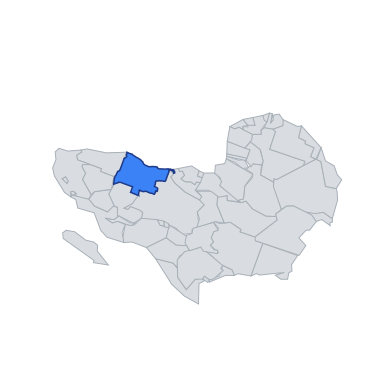 location of Angola within Africa, rotated 110°
{"feature_id": "AGO", "entity_name": "Angola", "entity_type": "country or territory", "adm_level": 0, "iso_a3": "AGO", "parent_name": "Africa", "parent_adm1": "", "projection": "equal_earth", "projection_center": [17.424, -11.224], "detail": "fine", "context": "in_parent", "style": "filled", "palette": "blue", "viewbox_px": 384, "rotation_deg": 110, "n_neighbors": 49, "source": "natural_earth", "source_scale": "50m", "svg_char_len": 13809}
<svg xmlns="http://www.w3.org/2000/svg" viewBox="0 0 384 384"><g transform="rotate(110 192 192)"><path d="M243.8,200.5L259.8,215.8L259.5,231.3L262.8,238.7L260.3,241.1L245.3,243.6L243.0,235.1L234.0,230.7L230.7,223.3L229.9,215.1L234.2,210.4L233.2,201.3L243.8,200.5Z" fill="#d9dde1" stroke="#a8b0b8" stroke-width="1"/><path d="M118.8,86.8L118.3,92.7L108.8,92.5L108.1,102.4L105.4,102.8L104.6,110.5L92.4,111.8L106.2,85.8L118.8,86.8Z" fill="#d9dde1" stroke="#a8b0b8" stroke-width="1"/><path d="M229.9,215.1L234.0,230.7L227.9,231.5L226.7,244.7L230.4,246.3L230.6,250.6L223.1,244.0L208.0,241.9L206.8,226.4L201.8,225.0L198.6,229.3L193.9,229.6L190.4,220.7L177.9,220.3L182.2,215.1L185.2,217.0L189.5,211.1L194.4,198.4L197.2,179.5L200.0,176.1L208.9,180.2L218.7,175.2L223.9,175.3L227.1,179.1L231.0,177.8L235.5,187.6L231.6,194.2L229.9,215.1Z" fill="#d9dde1" stroke="#a8b0b8" stroke-width="1"/><path d="M267.1,203.5L265.3,185.3L268.7,179.3L277.2,176.2L285.6,164.0L273.0,159.2L269.5,153.5L271.1,149.9L275.7,154.1L295.0,147.6L292.4,163.6L285.7,179.4L267.1,203.5Z" fill="#d9dde1" stroke="#a8b0b8" stroke-width="1"/><path d="M259.8,215.8L243.8,200.5L247.2,188.9L244.1,179.3L247.9,174.1L256.6,181.9L267.9,180.6L265.3,185.3L267.1,203.5L259.8,215.8Z" fill="#d9dde1" stroke="#a8b0b8" stroke-width="1"/><path d="M215.4,163.0L213.0,161.3L212.0,160.1L212.2,155.5L207.3,145.4L210.5,132.9L213.0,133.2L212.7,115.7L216.1,115.7L216.0,107.8L250.7,107.8L253.2,121.2L256.0,123.7L251.5,127.8L250.2,141.4L244.5,153.3L243.8,161.2L239.8,146.7L235.8,156.6L231.7,154.7L228.6,158.3L221.9,158.0L216.8,154.7L213.3,161.5L215.4,163.0Z" fill="#d9dde1" stroke="#a8b0b8" stroke-width="1"/><path d="M212.7,117.4L213.0,133.2L210.5,132.9L207.3,145.4L210.1,151.2L195.4,164.4L187.3,166.3L183.3,157.7L187.9,155.9L185.3,142.4L182.1,138.2L187.3,129.1L189.3,114.2L186.2,104.4L189.2,102.3L212.7,117.4Z" fill="#d9dde1" stroke="#a8b0b8" stroke-width="1"/><path d="M190.7,311.0L192.0,309.1L196.7,312.8L200.8,310.6L200.9,296.3L203.7,304.3L205.8,303.9L210.8,298.3L217.6,299.1L228.9,285.9L234.1,286.5L235.9,294.8L235.4,300.5L233.2,300.1L232.0,304.0L233.6,306.1L238.1,304.0L236.0,311.7L224.0,326.8L217.1,331.2L208.1,330.9L201.1,334.3L196.4,331.9L196.0,322.7L190.7,311.0ZM226.7,312.4L224.2,312.0L221.0,315.9L224.0,318.5L226.7,312.4Z" fill="#d9dde1" stroke="#a8b0b8" stroke-width="1"/><path d="M226.7,312.4L224.0,318.5L221.0,315.9L224.2,312.0L226.7,312.4Z" fill="#d9dde1" stroke="#a8b0b8" stroke-width="1"/><path d="M234.1,286.5L224.9,283.5L217.0,268.6L222.3,269.4L232.1,259.7L239.7,264.5L238.7,278.8L234.1,286.5Z" fill="#d9dde1" stroke="#a8b0b8" stroke-width="1"/><path d="M228.9,285.9L217.6,299.1L210.8,298.3L205.8,303.9L203.7,304.3L200.9,296.3L201.0,284.9L203.9,284.8L204.1,270.7L217.0,268.6L224.9,283.5L228.9,285.9Z" fill="#d9dde1" stroke="#a8b0b8" stroke-width="1"/><path d="M201.0,284.9L200.8,310.6L196.7,312.8L192.0,309.1L190.7,311.0L187.4,305.3L184.5,285.9L176.9,266.9L216.5,268.0L204.1,270.7L203.9,284.8L201.0,284.9Z" fill="#d9dde1" stroke="#a8b0b8" stroke-width="1"/><path d="M91.5,141.3L89.0,136.7L93.9,129.8L98.5,129.2L105.3,137.2L106.9,146.0L91.4,146.2L91.0,143.1L100.1,141.7L91.5,141.3Z" fill="#d9dde1" stroke="#a8b0b8" stroke-width="1"/><path d="M106.9,146.0L105.3,137.2L106.9,134.1L125.3,133.6L124.5,96.3L129.0,96.2L151.6,116.9L151.6,119.4L154.9,119.1L152.6,133.4L138.5,135.8L129.5,141.8L125.0,154.3L117.1,155.0L114.0,146.5L110.8,148.4L106.9,146.0Z" fill="#d9dde1" stroke="#a8b0b8" stroke-width="1"/><path d="M92.4,111.8L104.6,110.5L105.4,102.8L108.1,102.4L108.8,92.5L118.3,92.7L118.8,86.8L129.0,96.2L124.5,96.3L125.3,133.6L106.9,134.1L105.3,137.2L98.5,129.2L92.8,131.1L94.4,115.3L92.4,111.8Z" fill="#d9dde1" stroke="#a8b0b8" stroke-width="1"/><path d="M149.2,171.1L146.6,171.6L146.2,159.4L143.6,153.9L150.0,146.8L152.7,152.9L149.4,161.9L149.2,171.1Z" fill="#d9dde1" stroke="#a8b0b8" stroke-width="1"/><path d="M186.2,104.4L189.3,114.2L187.3,129.1L182.1,138.2L185.3,142.4L184.0,145.8L180.8,141.3L168.5,144.4L157.9,140.2L153.9,141.6L152.2,149.1L144.6,144.3L142.8,135.9L152.6,133.4L154.9,119.1L177.9,102.0L184.2,105.9L186.2,104.4Z" fill="#d9dde1" stroke="#a8b0b8" stroke-width="1"/><path d="M149.2,171.1L154.7,140.7L168.5,144.4L180.8,141.3L185.2,147.4L176.6,168.1L169.0,170.3L166.7,177.1L158.8,179.2L154.1,171.0L149.2,171.1Z" fill="#d9dde1" stroke="#a8b0b8" stroke-width="1"/><path d="M185.0,144.3L187.9,155.9L183.3,157.7L187.8,165.2L184.8,177.3L189.3,189.6L170.2,187.3L166.7,178.3L167.5,174.3L171.7,167.9L176.6,168.1L185.0,144.3Z" fill="#d9dde1" stroke="#a8b0b8" stroke-width="1"/><path d="M144.0,151.8L146.6,171.6L144.2,172.4L141.1,153.0L144.0,151.8Z" fill="#d9dde1" stroke="#a8b0b8" stroke-width="1"/><path d="M141.4,151.7L144.2,172.4L132.3,176.2L132.5,151.9L141.4,151.7Z" fill="#d9dde1" stroke="#a8b0b8" stroke-width="1"/><path d="M117.1,155.0L122.6,153.7L132.7,157.3L132.3,176.2L117.5,178.8L118.0,173.3L115.0,170.2L117.1,155.0Z" fill="#d9dde1" stroke="#a8b0b8" stroke-width="1"/><path d="M100.3,145.4L110.8,148.4L114.0,146.5L117.1,155.0L116.0,165.3L113.2,166.8L111.7,161.8L109.4,162.6L107.7,155.7L101.2,160.3L95.8,151.6L100.3,145.4Z" fill="#d9dde1" stroke="#a8b0b8" stroke-width="1"/><path d="M91.4,146.2L100.3,145.4L100.1,148.5L95.8,151.6L91.4,146.2Z" fill="#d9dde1" stroke="#a8b0b8" stroke-width="1"/><path d="M115.6,165.3L115.0,170.2L118.0,173.3L117.5,178.8L106.4,168.9L110.2,162.3L113.2,166.8L115.6,165.3Z" fill="#d9dde1" stroke="#a8b0b8" stroke-width="1"/><path d="M101.2,160.3L107.7,155.7L110.2,162.3L106.4,168.9L101.2,160.3Z" fill="#d9dde1" stroke="#a8b0b8" stroke-width="1"/><path d="M125.0,154.3L128.7,142.8L138.5,135.8L142.8,135.9L144.6,144.3L148.0,145.2L144.0,151.8L132.5,151.9L132.7,157.3L125.0,154.3Z" fill="#d9dde1" stroke="#a8b0b8" stroke-width="1"/><path d="M223.9,175.3L214.9,175.8L208.9,180.2L200.0,176.1L196.9,182.3L192.9,181.4L189.5,187.4L184.8,174.4L187.3,166.3L195.4,164.4L210.1,151.2L212.0,160.1L223.9,175.3Z" fill="#d9dde1" stroke="#a8b0b8" stroke-width="1"/><path d="M196.9,182.3L194.4,198.4L189.5,211.1L185.2,217.0L179.2,214.8L177.1,217.3L174.6,212.9L176.9,210.7L175.7,208.0L179.0,204.6L183.4,206.8L184.7,202.1L182.9,196.5L184.2,191.8L181.2,191.3L180.6,187.4L189.3,189.6L192.9,181.4L196.9,182.3Z" fill="#d9dde1" stroke="#a8b0b8" stroke-width="1"/><path d="M175.1,187.4L180.2,187.2L181.2,191.3L184.2,191.8L182.9,196.5L184.7,202.1L183.4,206.8L179.0,204.6L175.7,208.0L176.9,210.7L174.6,212.9L167.6,201.2L169.7,192.5L175.1,192.3L175.1,187.4Z" fill="#d9dde1" stroke="#a8b0b8" stroke-width="1"/><path d="M170.2,187.3L175.1,187.4L175.1,192.3L169.7,192.5L170.2,187.3Z" fill="#d9dde1" stroke="#a8b0b8" stroke-width="1"/><path d="M234.0,230.7L241.4,236.1L239.5,252.5L241.0,253.5L231.9,256.8L232.1,259.7L222.3,269.4L211.0,267.8L207.1,262.0L207.3,249.2L213.5,249.2L213.3,241.2L223.1,244.0L230.6,250.6L230.4,246.3L226.7,244.7L227.0,234.1L228.8,231.0L234.0,230.7Z" fill="#d9dde1" stroke="#a8b0b8" stroke-width="1"/><path d="M240.1,234.3L244.6,238.1L245.1,251.9L248.4,256.1L246.2,264.9L244.7,256.1L239.5,252.5L242.2,239.6L240.1,234.3Z" fill="#d9dde1" stroke="#a8b0b8" stroke-width="1"/><path d="M245.3,243.6L254.1,243.8L262.8,238.7L263.6,256.4L259.3,264.6L245.0,276.8L246.2,293.8L238.9,298.6L238.1,304.0L236.0,303.9L234.1,286.5L238.7,278.8L239.7,264.5L232.3,261.2L231.9,256.8L241.0,253.5L244.7,256.1L246.2,264.9L248.4,256.1L245.1,251.9L245.3,243.6Z" fill="#d9dde1" stroke="#a8b0b8" stroke-width="1"/><path d="M236.0,303.9L233.6,306.1L232.0,304.0L233.2,300.1L236.0,303.9Z" fill="#d9dde1" stroke="#a8b0b8" stroke-width="1"/><path d="M233.4,206.5L234.2,210.4L229.9,215.1L229.0,208.3L233.4,206.5Z" fill="#d9dde1" stroke="#a8b0b8" stroke-width="1"/><path d="M289.2,245.7L292.1,260.5L289.9,260.5L279.8,297.0L274.7,299.6L271.0,297.2L269.5,288.5L273.6,275.4L272.6,267.3L274.3,262.5L279.9,260.8L289.2,245.7Z" fill="#d9dde1" stroke="#a8b0b8" stroke-width="1"/><path d="M91.0,143.1L96.4,140.2L100.1,141.7L91.0,143.1Z" fill="#d9dde1" stroke="#a8b0b8" stroke-width="1"/><path d="M171.2,75.7L166.2,61.6L169.1,51.1L172.1,49.7L173.9,52.0L176.3,50.6L173.5,60.7L177.2,65.1L171.2,75.7Z" fill="#d9dde1" stroke="#a8b0b8" stroke-width="1"/><path d="M118.8,86.8L119.2,81.3L141.1,68.4L139.5,57.6L142.3,55.6L149.9,52.4L169.1,51.1L166.2,61.6L170.2,69.0L172.1,79.1L170.4,91.9L173.1,98.5L177.9,102.0L159.1,117.3L151.6,119.4L151.6,116.9L118.8,86.8Z" fill="#d9dde1" stroke="#a8b0b8" stroke-width="1"/><path d="M250.6,138.0L251.5,127.8L256.0,123.7L258.9,132.0L270.8,144.9L268.6,145.6L261.4,137.6L250.6,138.0Z" fill="#d9dde1" stroke="#a8b0b8" stroke-width="1"/><path d="M106.2,85.8L117.1,77.2L118.8,67.3L126.0,61.5L129.3,55.5L139.5,57.6L141.1,68.4L119.2,81.3L118.9,85.8L106.2,85.8Z" fill="#d9dde1" stroke="#a8b0b8" stroke-width="1"/><path d="M250.7,107.8L216.0,107.8L215.6,71.0L226.3,73.6L232.0,71.0L234.9,73.4L241.3,72.3L243.6,78.8L241.7,85.2L236.1,77.8L247.0,100.3L246.6,103.5L250.7,107.8Z" fill="#d9dde1" stroke="#a8b0b8" stroke-width="1"/><path d="M214.9,69.7L216.1,115.7L212.7,117.4L189.2,102.3L184.2,105.9L173.1,98.5L170.4,91.9L172.7,71.7L177.2,65.1L187.6,68.4L188.9,71.7L198.5,75.9L203.4,66.7L214.9,69.7Z" fill="#d9dde1" stroke="#a8b0b8" stroke-width="1"/><path d="M285.6,164.0L277.2,176.2L260.9,182.7L250.6,178.5L240.7,164.9L250.6,138.0L254.1,138.8L255.0,135.8L266.2,141.9L268.6,145.6L267.0,151.6L270.1,152.1L273.0,159.2L285.6,164.0Z" fill="#d9dde1" stroke="#a8b0b8" stroke-width="1"/><path d="M268.6,145.6L271.5,146.2L270.1,152.1L267.0,151.6L268.6,145.6Z" fill="#d9dde1" stroke="#a8b0b8" stroke-width="1"/><path d="M243.8,200.5L230.7,202.1L235.7,181.2L244.1,179.3L245.5,182.1L247.2,188.9L243.8,200.5Z" fill="#d9dde1" stroke="#a8b0b8" stroke-width="1"/><path d="M233.2,201.3L234.2,206.0L229.0,208.3L229.8,203.3L233.2,201.3Z" fill="#d9dde1" stroke="#a8b0b8" stroke-width="1"/><path d="M234.5,182.3L231.0,177.8L225.8,178.6L213.3,161.5L219.0,154.2L221.9,158.0L228.6,158.3L231.7,154.7L235.8,156.6L238.8,151.5L237.8,147.9L241.2,147.0L243.8,161.2L240.7,164.9L247.9,174.1L242.2,181.2L234.5,182.3Z" fill="#d9dde1" stroke="#a8b0b8" stroke-width="1"/><path d="M213.5,241.0L213.5,241.5L213.6,242.3L213.6,242.8L213.7,243.0L213.6,243.3L213.6,243.6L213.5,243.9L213.5,244.1L213.5,244.5L213.5,245.0L213.4,245.5L213.4,246.0L213.5,247.0L213.5,247.3L213.3,247.8L213.2,248.1L213.2,248.6L213.1,248.8L213.4,249.4L213.4,249.6L213.2,249.6L212.4,249.6L211.5,249.6L210.6,249.6L209.7,249.6L208.9,249.6L208.1,249.6L207.4,249.6L207.4,250.2L207.4,251.5L207.4,252.8L207.4,254.1L207.4,255.4L207.4,256.7L207.4,258.0L207.4,259.3L207.4,260.6L207.3,261.5L207.5,262.7L207.8,264.1L208.0,264.2L208.3,264.4L208.7,264.9L209.0,265.3L209.5,266.0L210.2,266.8L210.9,267.6L211.4,268.2L210.5,268.5L209.2,268.8L208.3,269.0L207.2,269.3L206.5,269.5L205.6,269.7L205.2,269.5L204.7,269.5L204.1,269.7L203.6,269.7L203.3,269.7L202.9,269.5L202.6,269.2L202.0,269.1L201.1,269.2L200.3,269.1L199.6,269.0L199.0,268.9L198.7,268.9L198.3,268.9L197.9,268.7L197.6,268.5L197.2,267.9L196.9,267.4L196.7,267.3L195.8,267.3L195.0,267.2L194.5,267.2L193.4,267.2L192.3,267.2L191.1,267.2L190.0,267.2L188.8,267.2L187.7,267.2L186.6,267.2L185.4,267.2L184.8,267.2L184.3,267.3L183.6,267.3L183.4,267.2L183.0,266.8L182.7,266.6L182.3,266.2L182.0,265.8L181.8,265.7L181.4,265.6L181.1,265.6L180.9,265.5L180.5,265.7L180.2,265.9L180.0,266.1L179.6,266.3L179.3,266.5L178.7,266.5L178.3,266.5L178.0,266.3L177.7,266.3L177.4,266.6L176.9,266.7L177.0,265.2L177.1,264.5L177.1,263.7L177.0,261.6L176.9,261.3L176.9,261.0L177.1,260.7L177.3,260.5L177.5,260.2L177.6,259.7L177.8,258.7L178.4,256.2L178.7,253.8L179.0,252.7L179.2,251.4L180.2,249.7L180.4,248.7L181.0,248.2L181.7,247.7L182.3,246.7L182.5,246.1L182.8,244.8L182.8,243.5L183.0,241.7L183.0,241.2L182.7,240.5L182.6,240.0L182.3,239.5L182.1,239.2L181.9,238.5L181.4,237.5L181.3,236.8L181.1,236.3L181.0,235.6L180.9,235.0L180.6,234.3L180.4,233.6L180.4,233.4L180.6,233.1L180.6,233.3L181.5,232.1L181.5,231.9L181.5,231.6L181.5,231.2L181.5,230.8L180.7,228.4L180.0,226.2L179.8,225.1L178.9,223.6L178.6,222.6L178.4,221.9L178.2,221.7L178.3,221.6L178.5,221.5L179.0,221.4L179.7,221.2L180.4,220.8L180.6,220.6L180.9,220.6L181.3,220.7L181.5,220.6L182.3,220.6L182.7,220.6L183.3,220.6L183.7,220.6L184.0,220.7L184.6,220.7L185.4,220.7L185.7,220.7L186.7,220.7L187.7,220.6L188.6,220.6L189.6,220.6L190.4,220.6L190.8,220.8L191.1,221.0L191.2,221.3L191.3,221.4L191.4,221.6L191.6,221.9L191.6,222.2L191.6,222.6L191.6,223.1L191.7,223.7L191.9,224.3L192.2,225.0L192.4,225.5L192.3,225.9L192.4,226.3L192.7,226.7L192.9,227.0L193.0,227.1L193.2,227.8L193.7,228.9L194.1,229.6L194.4,229.7L194.8,229.6L195.2,229.6L195.5,229.8L195.7,229.7L196.1,229.4L196.5,229.3L197.0,229.2L197.5,229.1L198.2,229.3L198.4,229.3L199.0,229.3L199.6,229.2L199.7,228.1L199.7,227.9L199.8,227.5L200.0,227.2L200.0,226.9L200.0,226.4L200.1,225.8L200.5,225.4L201.2,225.2L201.6,225.2L202.1,225.0L203.0,224.9L203.3,224.9L203.4,225.0L203.2,225.8L203.2,226.0L203.2,226.3L203.4,226.4L204.3,226.4L205.2,226.4L206.1,226.5L206.9,226.5L207.0,226.6L207.1,227.0L207.1,227.7L206.9,228.8L207.0,229.8L207.3,230.7L207.3,232.2L207.2,233.0L207.1,234.1L207.0,235.3L207.1,235.8L207.4,236.3L207.8,236.9L208.2,237.6L208.4,238.5L208.5,239.1L208.4,239.3L208.4,239.7L208.5,240.3L208.4,240.6L208.2,240.8L208.1,241.1L208.2,241.6L208.2,242.0L208.3,242.2L208.4,242.3L208.5,242.3L208.7,242.2L209.0,241.9L209.2,241.7L209.5,241.8L210.0,241.8L210.8,241.9L211.0,241.8L211.8,241.4L212.2,241.4L212.6,241.5L213.1,241.6L213.3,241.4L213.4,241.1L213.5,241.0ZM180.6,215.6L180.2,215.9L179.8,216.0L179.4,216.7L179.1,217.0L178.8,217.3L178.7,217.4L178.7,217.5L178.8,217.6L178.9,218.8L178.9,219.9L178.8,220.0L178.5,220.1L178.1,220.1L177.9,220.1L177.8,219.7L177.9,219.3L178.0,219.0L177.9,218.4L177.7,217.9L177.4,217.2L177.6,216.9L177.8,216.4L177.9,216.2L178.3,216.1L178.5,215.7L178.8,215.4L179.3,215.2L179.5,214.9L179.9,214.8L180.0,214.8L180.3,215.3L180.5,215.5L180.6,215.6Z" fill="#3b82f6" stroke="#1e3a8a" stroke-width="1.5"/></g></svg>